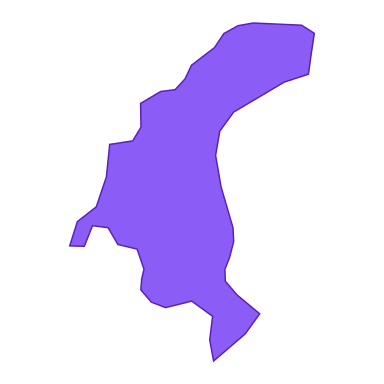 Basarabeasca, Natural Earth projection
{"feature_id": "MDA-1630", "entity_name": "Basarabeasca", "entity_type": "District", "adm_level": 1, "iso_a3": "MDA", "parent_name": "Moldova", "parent_adm1": "", "projection": "natural_earth1", "projection_center": [28.89, 46.362], "detail": "fine", "context": "isolated", "style": "filled", "palette": "violet", "viewbox_px": 384, "rotation_deg": 0, "n_neighbors": 0, "source": "natural_earth", "source_scale": "10m", "svg_char_len": 700}
<svg xmlns="http://www.w3.org/2000/svg" viewBox="0 0 384 384"><path d="M308.4,74.2L284.2,82.1L233.6,112.1L219.8,131.1L215.6,155.4L221.1,187.0L233.0,227.8L233.7,241.5L229.7,257.0L224.9,269.4L225.3,281.2L237.0,294.9L259.7,313.8L245.2,333.9L213.6,361.0L209.7,339.9L212.6,316.3L191.7,301.1L165.6,307.6L151.4,302.2L140.8,289.8L141.7,279.1L144.0,269.2L137.1,249.1L117.9,244.5L108.1,227.7L92.5,225.7L84.3,246.3L69.7,245.9L77.4,221.6L96.3,206.8L106.4,176.9L109.7,144.4L132.7,140.9L141.0,127.2L140.6,103.4L160.6,91.5L175.1,89.7L185.1,78.8L191.5,65.2L214.5,47.6L223.9,33.5L238.0,25.7L253.2,23.0L301.5,25.2L314.3,33.3L310.9,56.2L308.5,73.8L308.4,74.2Z" fill="#8b5cf6" stroke="#5b21b6" stroke-width="1.5"/></svg>